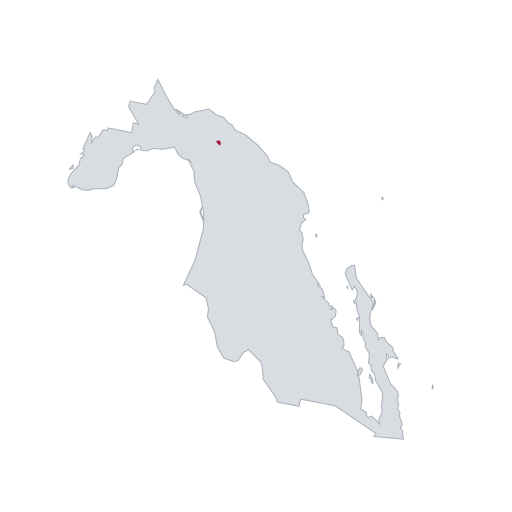 San Juan Ñumí, Oaxaca, Mexico shown in context, rotated 191°
{"feature_id": "50627088B11336347088120", "entity_name": "San Juan Ñumí", "entity_type": "district", "adm_level": 2, "iso_a3": "MEX", "parent_name": "Mexico", "parent_adm1": "Oaxaca", "projection": "equal_earth", "projection_center": [-97.725, 17.437], "detail": "fine", "context": "in_parent", "style": "filled", "palette": "rose", "viewbox_px": 512, "rotation_deg": 191, "n_neighbors": 0, "source": "geoboundaries", "source_scale": "gbopen_adm2", "svg_char_len": 4301}
<svg xmlns="http://www.w3.org/2000/svg" viewBox="0 0 512 512"><g transform="rotate(191 256 256)"><path d="M76.3,104.3L106.0,101.3L104.4,104.7L150.0,124.1L184.9,124.0L185.2,116.6L206.9,116.7L210.5,122.0L225.3,136.3L228.6,148.3L231.3,153.0L245.3,162.5L250.0,158.9L253.6,150.0L257.9,148.0L268.2,149.6L276.6,159.5L282.2,173.7L292.0,186.8L292.6,195.0L296.9,205.3L318.8,215.0L321.7,213.5L315.1,240.1L312.8,272.3L313.9,279.2L319.6,288.5L318.4,293.5L318.7,288.5L314.0,280.6L315.5,287.8L321.3,303.1L330.7,317.8L332.9,326.9L339.5,336.2L337.7,336.0L341.5,338.2L340.3,336.9L347.3,338.1L352.2,341.3L356.7,347.3L368.4,342.8L377.0,342.1L382.7,338.5L388.8,337.8L390.0,339.1L389.6,341.0L394.5,342.3L397.8,339.4L396.9,334.6L395.3,335.8L395.7,334.8L404.6,326.7L405.1,320.2L407.6,316.4L407.5,305.9L409.1,298.1L415.9,293.5L427.9,291.1L433.1,288.4L439.0,287.8L448.8,290.5L449.5,288.8L447.0,288.7L450.3,287.5L454.3,291.0L455.1,295.6L453.2,301.9L447.1,311.5L447.0,317.9L443.9,321.8L444.5,323.2L447.3,322.7L444.4,326.7L444.4,328.4L446.4,327.9L442.8,344.0L441.9,345.5L439.8,341.8L439.2,335.7L436.4,342.0L433.5,342.5L430.0,350.8L425.7,350.8L425.4,353.5L401.7,353.4L401.8,363.3L396.4,363.2L409.5,378.3L409.2,383.9L392.4,384.0L386.4,397.9L388.1,401.4L386.1,410.7L373.8,394.9L364.0,384.2L358.0,380.2L357.3,381.2L362.9,384.9L354.2,381.7L354.8,379.1L352.6,380.2L351.1,377.9L349.6,380.3L352.4,381.5L348.1,382.1L343.8,385.6L330.2,391.3L321.4,386.8L314.0,385.8L309.0,381.6L304.0,379.8L300.9,375.8L288.8,372.6L273.8,364.2L264.1,356.3L260.0,350.9L249.9,349.2L240.3,344.6L234.3,335.8L221.2,327.5L214.3,315.9L212.0,308.8L217.4,305.5L216.6,302.5L214.2,301.5L217.8,296.2L218.3,289.8L215.5,287.6L212.8,281.2L213.0,275.4L211.2,270.3L203.6,260.5L197.1,248.8L186.8,238.7L189.8,240.7L190.0,238.5L184.5,236.3L180.6,228.4L183.5,228.6L175.5,223.3L174.4,220.7L171.3,221.6L170.8,220.4L173.2,217.3L169.2,219.7L166.9,217.5L166.6,212.3L169.6,207.7L170.6,208.6L168.8,203.8L166.3,200.9L162.8,201.0L160.7,194.6L156.6,193.2L154.1,190.6L152.6,185.0L153.8,181.5L146.5,179.8L134.3,162.2L133.7,158.0L131.8,156.7L124.5,135.1L124.1,128.6L125.1,126.4L118.1,123.7L116.7,120.2L114.4,119.0L111.8,121.0L102.5,114.6L104.1,118.7L102.4,126.8L104.2,133.3L105.4,145.5L114.7,156.4L117.5,163.7L119.0,163.4L119.7,165.6L121.1,165.9L122.2,170.6L124.9,172.1L126.2,182.1L131.0,187.2L132.5,192.8L134.8,194.6L136.3,201.4L138.3,203.0L137.3,198.0L140.0,200.9L142.9,216.4L145.9,220.8L149.9,232.0L149.2,236.7L150.0,241.0L153.5,245.1L155.0,240.9L165.2,255.7L164.1,261.1L159.8,265.2L157.5,265.7L153.3,253.5L137.1,237.3L135.6,237.5L132.3,232.5L131.8,229.0L133.0,221.5L131.8,214.3L129.4,209.2L121.6,203.0L120.2,196.9L118.6,199.5L114.4,200.7L111.6,196.5L104.2,192.3L103.2,188.7L97.8,183.6L97.3,181.8L103.1,182.8L106.6,181.3L106.5,183.0L109.3,184.6L108.4,180.5L107.1,180.3L110.2,172.1L100.0,156.7L91.2,149.9L89.7,146.6L90.0,140.9L87.9,139.0L87.5,132.6L84.8,129.9L84.6,126.0L80.9,120.1L80.3,117.3L81.7,115.4L79.1,113.0L76.3,104.3ZM133.8,162.4L132.6,166.3L129.7,165.0L131.2,159.1L132.9,158.5L133.8,162.4ZM121.9,161.6L117.9,157.4L117.0,153.0L119.0,154.4L119.4,156.9L121.5,157.5L121.9,161.6ZM453.3,310.3L452.2,308.9L452.7,307.0L455.4,305.5L453.3,310.3ZM132.3,237.5L129.5,233.3L131.5,224.9L130.8,232.5L132.3,237.5ZM95.9,178.0L93.6,177.5L95.4,173.0L96.2,176.3L95.9,178.0ZM58.3,163.5L56.6,160.6L57.1,159.4L57.8,159.5L58.3,163.5ZM134.9,237.6L136.6,240.9L132.9,237.7L134.9,237.6ZM201.8,287.7L201.3,289.1L200.4,288.6L200.0,286.2L201.8,287.7ZM151.2,229.1L151.8,231.6L149.9,228.4L151.2,229.1ZM144.4,212.2L145.5,213.3L143.7,215.6L144.4,212.2ZM143.7,337.3L142.9,337.7L141.8,336.6L142.8,335.2L143.7,337.3ZM392.9,337.9L390.8,338.5L394.4,337.0L392.9,337.9ZM160.9,243.7L159.8,243.4L159.7,240.9L160.9,243.7Z" fill="#d9dde1" stroke="#a8b0b8" stroke-width="1"/><path d="M314.7,359.7L314.4,359.7L314.2,359.5L313.9,359.4L313.7,359.3L313.6,359.2L313.4,359.1L313.4,358.9L313.3,358.7L313.2,358.6L312.9,358.6L312.8,358.8L312.8,359.0L312.8,359.6L312.9,360.1L313.0,360.2L313.4,360.6L313.6,360.8L313.8,361.5L314.0,361.6L314.3,361.6L314.5,361.6L314.8,361.5L314.9,361.4L315.0,361.4L315.1,361.2L315.3,361.1L315.3,360.9L315.2,360.9L315.3,360.8L315.2,360.8L315.3,360.8L315.2,360.7L315.3,360.7L315.2,360.6L315.1,360.4L314.9,360.2L314.7,360.0L314.7,359.9L314.7,359.7Z" fill="#f43f5e" stroke="#9f1239" stroke-width="1.5"/></g></svg>